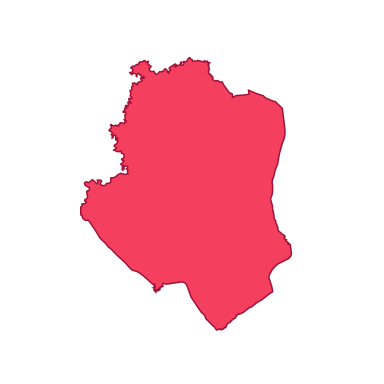 Wang Yang, Nakhon Phanom, Thailand (Mercator projection), rotated 71°
{"feature_id": "78962969B31746602904448", "entity_name": "Wang Yang", "entity_type": "district", "adm_level": 2, "iso_a3": "THA", "parent_name": "Thailand", "parent_adm1": "Nakhon Phanom", "projection": "mercator", "projection_center": [104.414, 17.07], "detail": "fine", "context": "isolated", "style": "filled", "palette": "rose", "viewbox_px": 384, "rotation_deg": 71, "n_neighbors": 0, "source": "geoboundaries", "source_scale": "gbopen_adm2", "svg_char_len": 5972}
<svg xmlns="http://www.w3.org/2000/svg" viewBox="0 0 384 384"><g transform="rotate(71 192 192)"><path d="M123.3,250.6L125.1,249.4L125.8,249.3L126.6,251.0L126.7,252.1L127.1,252.4L127.5,250.9L128.9,250.4L130.1,248.1L130.3,245.8L132.5,246.1L133.2,244.7L135.0,244.2L135.8,244.4L137.8,245.8L137.7,247.3L138.3,248.0L139.2,247.7L140.1,246.3L140.5,246.2L142.0,248.9L142.2,250.0L142.9,250.3L144.1,249.1L148.0,250.7L148.9,250.5L148.6,249.2L147.3,248.3L144.8,248.1L146.9,244.6L148.1,244.8L148.8,246.6L150.1,245.3L151.6,246.5L153.5,246.3L153.7,246.8L153.5,250.0L151.5,252.6L151.1,253.6L151.7,257.1L152.6,258.7L153.0,261.6L152.2,263.9L152.7,264.5L155.7,265.3L156.3,265.8L156.7,267.8L156.0,270.0L157.3,271.5L157.3,273.5L156.3,275.0L155.0,276.2L153.5,275.6L152.8,274.2L152.3,273.9L151.5,274.1L150.8,275.0L150.0,277.7L152.2,277.8L153.1,278.6L153.3,279.2L148.1,281.9L148.0,282.6L149.5,286.4L148.0,288.4L148.1,290.2L148.7,290.9L150.4,290.9L152.6,289.6L154.1,287.6L157.0,288.6L157.2,289.0L156.8,290.4L156.9,291.0L158.0,291.6L163.1,292.4L164.0,293.7L164.3,295.5L164.9,296.2L165.9,296.2L166.5,295.1L167.5,295.4L168.1,297.1L167.5,299.9L167.9,300.3L169.4,300.3L169.9,300.8L170.0,302.1L177.3,304.6L178.8,303.7L181.4,303.8L183.2,302.7L184.1,301.8L185.1,299.1L195.8,296.1L205.6,294.0L213.2,290.1L217.0,288.9L219.0,287.4L228.1,283.1L236.8,278.3L244.4,275.2L246.8,273.5L248.8,270.5L251.0,268.3L255.1,265.5L266.3,259.2L267.0,258.7L266.7,257.5L268.4,257.9L268.9,258.5L269.3,257.5L269.8,257.6L270.1,257.9L270.1,259.4L270.7,258.6L271.4,259.5L272.4,258.6L272.5,259.6L273.2,259.1L273.5,259.5L274.2,258.5L274.9,258.6L274.4,258.0L273.6,257.7L274.1,257.7L274.2,257.1L273.3,256.7L273.8,256.4L274.1,256.8L274.3,256.2L274.0,255.7L273.5,255.4L273.8,255.0L273.1,255.0L272.9,255.6L272.7,255.6L272.9,254.2L273.4,253.9L272.7,253.5L272.4,254.0L272.0,253.8L272.0,252.4L271.4,251.9L271.8,251.3L271.8,250.3L270.9,250.7L270.5,249.9L269.7,249.7L269.1,249.0L269.4,248.0L270.4,247.1L271.0,245.3L273.6,231.1L274.7,229.2L275.9,228.1L277.8,227.3L291.1,227.1L308.5,222.5L312.2,220.4L316.3,220.1L325.1,215.9L325.6,215.3L330.4,213.7L330.7,212.4L330.2,210.7L330.5,210.1L331.4,209.9L331.9,208.5L331.4,208.1L331.8,207.4L331.2,206.9L331.4,206.2L330.8,205.5L331.2,204.3L328.5,201.8L328.0,200.9L327.5,198.1L327.2,197.4L326.3,197.1L326.1,195.2L325.5,194.6L325.4,192.3L324.2,191.1L323.9,190.2L323.1,190.1L322.9,188.9L322.4,188.3L323.0,186.9L322.4,181.8L321.1,179.1L321.0,177.5L320.1,176.3L320.0,172.9L317.8,167.1L316.5,160.6L313.8,152.9L312.5,148.1L306.7,147.3L298.3,147.2L296.9,146.8L294.9,145.2L291.5,141.3L288.9,136.6L288.0,134.2L286.3,122.1L284.8,119.5L282.9,118.1L273.9,116.2L273.3,116.5L273.3,117.0L272.6,117.2L272.4,117.7L272.1,117.2L271.4,117.3L271.1,118.1L270.1,118.1L269.2,119.0L268.5,119.1L267.9,118.3L267.0,119.6L265.3,119.7L265.2,118.9L263.5,118.5L261.3,120.3L257.0,122.9L256.2,123.1L253.4,122.4L247.9,122.7L246.2,122.3L244.3,123.0L237.9,121.6L234.1,121.4L231.8,120.5L225.0,120.1L223.6,119.7L220.5,117.1L217.2,115.4L212.4,113.8L209.2,113.2L207.0,112.2L204.0,109.7L198.6,106.4L193.8,102.2L183.8,96.6L175.8,91.1L171.1,87.2L167.6,85.3L163.2,83.8L142.4,79.4L133.7,83.7L132.6,85.6L126.8,92.1L124.3,93.2L119.8,99.1L114.2,105.4L118.0,106.2L117.6,109.8L115.3,118.4L115.4,121.8L115.8,122.9L112.4,122.0L111.2,123.1L110.8,124.2L101.4,127.1L97.6,127.7L97.5,128.9L96.8,130.3L95.1,131.2L94.5,134.0L92.6,135.7L91.9,135.8L90.5,134.8L89.5,135.6L88.5,135.4L88.1,136.5L87.1,136.2L86.2,136.5L85.8,137.4L84.8,137.7L83.8,137.0L83.0,137.1L82.3,136.0L81.3,135.5L80.2,135.8L78.5,135.0L77.8,135.8L76.7,134.9L76.6,134.2L75.9,134.0L75.5,133.2L74.6,134.9L73.9,134.9L74.5,135.5L73.3,136.3L72.9,136.3L73.0,136.8L72.5,137.1L73.0,137.3L73.1,138.0L72.3,138.2L72.2,139.7L69.4,143.8L69.9,144.8L68.8,147.6L68.7,148.8L66.8,148.8L65.9,150.0L64.4,150.3L64.1,150.7L64.8,152.5L66.8,154.4L66.8,155.1L65.9,157.4L67.9,157.7L69.3,159.5L68.1,161.0L67.2,160.5L66.3,159.2L65.6,159.8L65.7,160.5L67.2,161.4L68.1,163.1L67.4,164.8L68.4,166.6L68.2,167.4L67.5,167.2L66.2,165.7L65.7,165.9L65.5,166.6L66.8,171.9L67.5,173.3L70.1,172.5L70.3,174.8L72.0,175.0L71.6,175.7L70.8,176.1L69.0,176.0L67.6,176.4L66.8,177.3L66.9,177.9L68.2,179.2L68.2,180.5L68.7,180.9L67.7,183.5L69.0,185.8L69.1,187.4L68.2,188.1L65.4,188.8L65.1,190.7L64.3,192.0L63.6,192.4L60.9,192.3L60.7,191.9L60.9,190.7L59.6,189.8L56.8,192.1L56.2,192.1L54.7,190.8L54.2,190.8L54.1,193.2L53.7,193.6L52.5,193.6L52.1,194.6L52.8,196.5L52.1,198.5L52.2,199.5L52.7,200.3L54.3,201.5L53.4,202.8L54.4,206.1L53.6,207.1L54.6,209.4L55.1,209.4L56.2,208.0L56.8,207.9L59.2,209.4L58.9,211.9L59.6,211.8L61.3,210.8L61.5,210.4L60.7,209.5L60.6,208.8L62.2,206.5L63.1,206.4L64.4,207.0L64.9,206.7L62.6,205.3L62.4,203.8L64.5,203.1L64.8,202.1L66.0,202.4L66.7,202.1L67.2,201.7L67.2,200.2L68.5,199.7L68.8,200.5L67.7,203.6L68.2,203.7L70.1,202.8L70.7,202.9L70.7,206.0L71.1,206.8L71.0,208.1L71.5,208.4L72.9,208.3L73.1,208.6L72.5,209.3L70.2,210.7L69.9,213.0L72.4,213.2L72.8,214.7L75.6,215.5L76.0,216.1L75.8,217.4L76.1,217.7L78.6,217.8L79.7,218.1L80.4,218.9L81.3,219.1L82.3,218.8L83.2,217.9L83.6,217.9L83.9,218.5L83.9,219.8L83.0,220.9L83.2,221.4L85.4,221.8L86.7,220.8L88.0,220.7L87.9,221.3L86.2,222.3L86.3,223.5L88.3,223.5L90.1,225.0L90.0,225.5L88.7,225.9L88.7,226.6L89.6,227.2L91.1,226.5L91.5,226.5L91.0,228.4L93.0,229.0L93.2,230.4L93.8,231.1L94.2,231.1L94.7,230.5L94.6,228.9L95.8,228.6L96.6,228.9L97.4,230.6L99.1,230.7L100.8,231.3L101.5,232.7L102.1,232.5L103.0,231.2L104.2,231.4L104.0,232.9L105.2,233.5L105.4,233.9L104.1,235.2L103.1,237.4L104.7,238.4L104.4,239.7L105.6,239.9L105.7,240.4L105.4,241.1L104.0,242.3L104.3,243.9L102.9,245.8L101.9,246.4L102.2,247.3L104.2,247.0L105.8,247.8L106.1,248.2L105.8,249.3L106.8,250.4L107.5,250.1L109.1,248.4L110.2,248.0L110.6,248.2L111.3,249.6L111.8,249.6L112.6,248.9L115.0,250.0L115.1,249.4L113.0,247.5L113.1,246.4L114.1,245.9L116.1,246.5L116.8,244.9L117.4,244.7L118.0,245.2L117.4,247.0L118.5,246.8L119.7,245.5L120.0,245.5L122.0,247.7L122.1,249.4L123.3,250.6Z" fill="#f43f5e" stroke="#9f1239" stroke-width="1.5"/></g></svg>